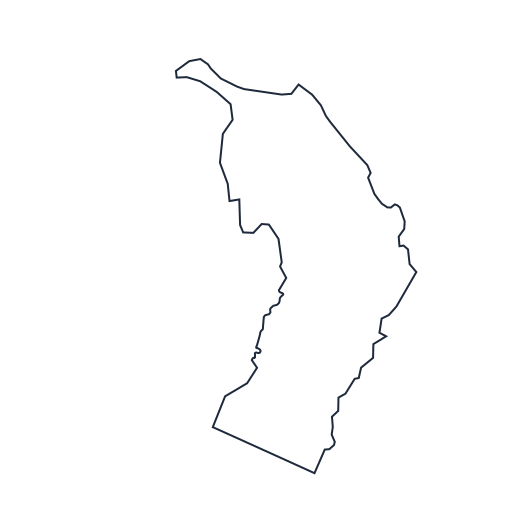 Kent, Maryland, United States of America, rotated 118°
{"feature_id": "52423323B63738133159827", "entity_name": "Kent", "entity_type": "district", "adm_level": 2, "iso_a3": "USA", "parent_name": "United States of America", "parent_adm1": "Maryland", "projection": "mercator", "projection_center": [-76.025, 39.196], "detail": "fine", "context": "isolated", "style": "outline", "palette": "slate", "viewbox_px": 512, "rotation_deg": 118, "n_neighbors": 0, "source": "geoboundaries", "source_scale": "gbopen_adm2", "svg_char_len": 1851}
<svg xmlns="http://www.w3.org/2000/svg" viewBox="0 0 512 512"><g transform="rotate(118 256 256)"><path d="M420.3,102.4L394.6,104.4L392.2,100.6L386.3,98.4L383.1,99.2L378.2,105.3L370.8,108.0L362.2,113.5L354.2,110.7L342.3,116.7L335.6,112.4L318.1,111.2L315.5,108.0L305.2,110.8L291.0,104.8L278.7,111.0L265.8,103.4L265.8,111.0L263.1,111.9L252.3,115.7L245.8,111.0L234.7,108.3L194.9,106.9L191.0,116.6L178.8,124.9L177.5,130.6L180.0,133.9L171.9,139.1L162.6,137.8L155.6,141.0L145.6,151.8L144.9,155.1L145.3,157.7L149.9,159.7L151.4,162.8L150.8,169.3L148.3,175.2L145.6,180.6L134.2,193.8L128.8,193.8L123.5,200.4L115.1,224.7L102.7,253.6L99.5,260.1L92.5,269.4L87.2,282.2L84.6,298.9L96.2,300.9L101.4,309.1L114.2,344.8L115.3,352.1L115.8,370.5L115.7,370.7L111.8,383.6L111.6,384.1L109.3,388.4L108.2,397.6L115.3,406.4L130.2,413.6L135.7,409.8L130.6,401.1L127.9,387.3L128.4,381.3L129.0,374.0L129.6,367.6L133.9,349.7L146.7,340.6L157.6,341.9L163.7,342.6L190.6,331.6L205.6,314.8L219.9,305.2L213.9,297.3L236.1,284.6L241.2,278.4L236.8,269.2L225.1,266.0L222.2,259.4L230.3,244.2L249.5,230.3L254.0,229.8L261.2,219.0L275.4,219.7L275.9,219.4L276.4,218.7L276.7,217.9L276.7,217.1L276.5,215.5L276.5,214.8L276.7,214.3L277.0,214.0L277.4,213.9L277.9,214.0L278.6,214.3L279.4,214.6L280.2,214.9L281.2,215.1L282.3,215.0L285.1,213.9L286.8,213.7L289.2,214.5L291.9,217.4L294.7,218.4L296.2,218.6L299.1,216.8L301.2,217.1L303.7,219.8L304.5,220.3L306.3,220.4L317.5,215.6L319.1,216.1L320.2,216.4L321.5,216.3L324.7,215.3L334.4,213.2L336.3,213.1L336.8,212.8L337.0,212.4L336.6,211.5L336.6,210.4L336.8,208.5L337.5,207.5L338.4,207.2L339.6,207.3L340.5,208.1L341.1,210.4L341.7,211.1L342.4,211.3L344.6,210.0L346.1,209.3L346.8,209.6L347.1,210.5L348.1,210.9L349.9,210.8L354.2,202.6L372.5,204.1L394.4,217.4L427.4,213.8L424.6,170.9L420.3,102.5L420.3,102.4Z" fill="none" stroke="#1e293b" stroke-width="2"/></g></svg>